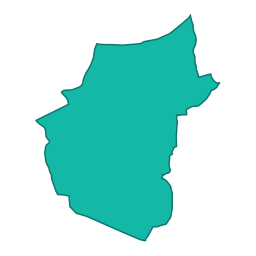 outline of Monier, Gros Islet, Saint Lucia
{"feature_id": "8701671B21062082038543", "entity_name": "Monier", "entity_type": "district", "adm_level": 2, "iso_a3": "LCA", "parent_name": "Saint Lucia", "parent_adm1": "Gros Islet", "projection": "natural_earth1", "projection_center": [-60.941, 14.03], "detail": "fine", "context": "isolated", "style": "filled", "palette": "teal", "viewbox_px": 256, "rotation_deg": 0, "n_neighbors": 0, "source": "geoboundaries", "source_scale": "gbopen_adm2", "svg_char_len": 4335}
<svg xmlns="http://www.w3.org/2000/svg" viewBox="0 0 256 256"><path d="M190.4,15.4L188.8,17.7L181.5,24.1L169.8,33.6L156.8,39.3L144.3,41.6L140.5,43.6L123.1,45.2L110.8,44.6L104.9,44.6L100.6,44.4L96.8,43.8L96.2,45.4L94.8,48.8L94.1,53.0L93.5,57.6L92.2,61.2L90.7,64.9L88.2,69.6L85.9,73.1L83.5,78.9L82.7,83.6L80.6,86.4L77.4,87.8L74.2,89.1L71.0,90.0L66.8,90.2L63.8,90.4L61.6,92.0L61.8,92.6L62.0,93.0L62.3,93.4L62.5,93.6L62.7,94.0L65.7,96.9L66.1,97.5L66.5,97.9L66.7,98.4L67.1,99.1L67.3,99.6L67.6,100.2L67.7,100.4L67.9,100.9L68.1,101.5L68.2,102.0L68.3,102.7L68.3,103.3L68.4,103.9L68.5,104.4L36.1,120.4L36.8,121.6L39.3,123.7L39.7,124.0L40.3,124.5L40.8,124.9L41.3,125.2L41.8,125.5L42.3,125.9L42.8,126.3L43.4,126.6L43.8,127.0L44.2,127.2L44.4,127.5L44.6,128.0L44.9,128.6L45.1,129.2L45.4,129.8L45.6,130.5L45.6,131.4L45.7,131.9L45.8,132.7L45.8,133.3L46.0,134.1L46.0,134.7L46.1,135.4L46.1,135.9L46.2,136.6L46.4,137.1L46.6,137.4L47.0,138.1L47.7,138.9L48.0,139.4L48.2,139.7L48.6,140.1L49.0,140.7L49.3,141.1L49.4,141.4L49.3,142.2L49.2,142.7L48.9,143.2L48.5,143.6L47.8,143.9L47.3,144.3L46.7,144.7L46.3,145.1L46.1,145.5L45.9,146.2L45.7,147.0L45.6,147.7L45.4,148.5L45.3,149.1L45.2,149.8L45.2,150.4L45.0,151.1L44.9,151.5L44.9,152.2L44.8,152.8L44.8,153.3L44.8,153.8L44.9,154.5L45.0,155.4L45.2,156.2L45.3,156.8L45.4,157.3L45.5,158.1L45.6,158.8L45.6,159.5L45.7,160.3L45.8,160.8L45.9,161.4L46.1,162.1L46.3,162.7L46.6,163.4L47.0,164.2L47.3,164.9L47.6,165.6L48.1,166.3L48.4,167.0L48.7,167.6L49.0,168.2L49.2,168.8L49.3,169.5L49.5,170.8L49.9,171.9L50.2,172.4L50.5,173.1L50.8,173.8L51.2,174.4L51.4,175.3L51.5,176.0L51.6,176.9L51.6,177.7L51.7,178.6L51.9,179.4L52.0,180.0L52.4,181.0L52.7,181.9L53.0,182.8L53.5,183.9L53.7,184.4L53.8,184.9L54.1,185.8L54.5,187.0L54.8,187.6L55.1,188.5L55.4,189.4L55.6,190.0L55.9,190.8L56.2,191.5L56.7,192.5L57.6,194.4L58.1,194.5L59.9,194.6L61.2,194.7L62.1,194.8L62.9,194.9L63.6,195.0L64.3,195.0L65.2,195.1L66.3,195.5L67.1,195.6L67.7,195.7L68.5,195.8L68.8,195.9L69.0,196.0L69.9,206.7L75.2,212.1L76.1,213.0L76.4,213.3L80.2,214.4L86.9,216.4L97.3,221.0L123.9,232.7L138.2,238.8L141.2,239.9L144.7,240.6L145.6,240.5L145.6,240.3L145.6,240.1L145.6,239.6L145.9,238.7L146.4,237.9L147.2,237.0L148.2,235.5L149.1,233.9L150.3,231.8L151.5,229.6L152.0,228.4L152.2,228.1L152.7,227.4L152.8,227.2L153.2,226.8L155.1,226.8L156.4,226.8L158.7,226.4L159.9,225.7L166.1,224.1L170.7,217.1L172.2,208.3L172.2,193.4L170.5,186.0L168.6,183.5L166.7,181.1L163.7,178.9L161.7,178.2L162.1,176.8L162.3,176.6L162.5,176.2L162.3,175.5L162.4,174.8L162.8,174.4L163.0,174.5L163.2,174.8L163.5,175.1L164.2,174.8L165.1,174.2L165.7,173.7L166.7,173.3L167.4,173.3L168.9,172.7L169.4,172.3L169.7,171.5L170.4,170.5L170.5,170.0L169.9,168.7L169.6,167.9L169.4,166.9L169.3,166.2L169.1,165.1L169.1,163.6L169.2,162.3L169.3,161.1L169.4,160.2L169.5,159.4L169.6,158.3L169.6,157.3L169.6,156.4L170.0,155.6L170.5,155.2L171.6,154.6L172.1,154.3L172.4,154.0L172.3,153.5L172.0,152.7L171.9,152.2L172.1,151.4L172.6,150.5L173.3,149.6L173.6,148.3L174.0,147.5L175.1,147.1L176.4,146.6L176.5,145.0L176.4,143.7L176.4,141.3L176.3,139.3L176.3,137.4L176.3,136.0L176.3,134.7L176.5,133.6L176.6,132.1L176.6,130.8L176.7,129.5L176.7,128.4L176.8,126.8L177.0,125.0L177.3,123.3L177.4,122.1L176.9,119.8L176.4,118.5L177.2,114.8L177.9,115.2L178.6,115.4L179.8,115.2L181.5,114.8L183.0,114.7L184.3,114.7L186.0,114.8L186.4,114.8L186.7,114.6L186.7,114.2L186.6,113.5L186.4,112.4L186.3,110.9L186.5,109.7L187.4,109.0L191.8,106.6L192.7,106.4L193.7,106.2L195.1,106.3L196.2,106.3L196.7,106.2L197.3,106.1L197.8,106.0L198.3,105.8L198.8,105.4L199.2,105.2L200.5,104.2L202.0,102.9L203.2,101.7L204.4,100.8L205.6,99.7L206.9,98.2L208.1,96.3L209.0,95.0L209.9,93.7L210.5,92.3L211.0,91.0L211.7,90.4L212.7,89.9L214.0,89.3L215.0,88.7L216.5,87.6L216.8,87.1L217.3,86.2L217.7,85.4L219.9,82.5L219.2,82.9L218.0,83.1L216.0,82.6L214.8,81.6L213.4,80.1L212.7,79.1L211.8,77.6L211.3,76.4L211.0,75.1L210.7,74.0L198.7,77.3L198.2,74.8L197.1,71.6L196.5,69.7L196.0,68.2L196.2,66.6L195.7,64.7L195.2,63.3L195.0,61.6L194.8,60.1L194.8,58.8L194.9,57.1L194.5,55.7L194.0,54.3L193.2,52.5L193.2,51.4L193.4,49.7L193.8,48.3L194.5,46.9L195.1,45.6L195.4,44.3L195.8,42.5L196.2,40.2L196.0,38.6L195.7,36.6L195.1,34.6L194.2,32.8L193.6,30.6L193.2,28.2L193.1,25.9L193.0,24.7L192.4,23.1L191.8,21.5L191.2,19.1L190.7,17.0L190.4,15.4Z" fill="#14b8a6" stroke="#0f766e" stroke-width="1.5"/></svg>